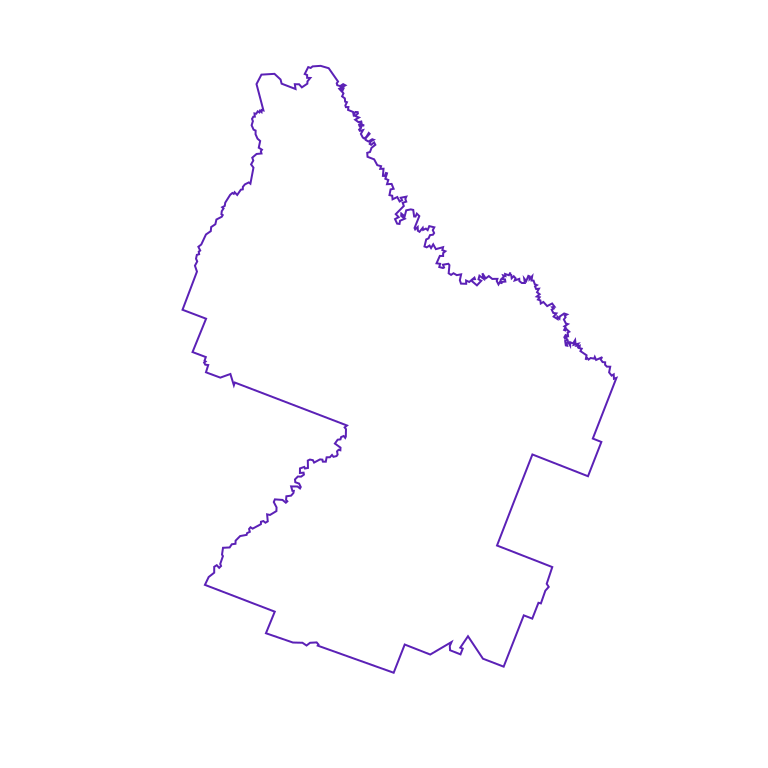 Campaspe, Victoria, Australia (orthographic projection), rotated 21°
{"feature_id": "25037944B18187162419032", "entity_name": "Campaspe", "entity_type": "district", "adm_level": 2, "iso_a3": "AUS", "parent_name": "Australia", "parent_adm1": "Victoria", "projection": "orthographic", "projection_center": [144.612, -36.323], "detail": "fine", "context": "isolated", "style": "outline", "palette": "violet", "viewbox_px": 768, "rotation_deg": 21, "n_neighbors": 0, "source": "geoboundaries", "source_scale": "gbopen_adm2", "svg_char_len": 6165}
<svg xmlns="http://www.w3.org/2000/svg" viewBox="0 0 768 768"><g transform="rotate(21 384 384)"><path d="M232.7,118.1L219.2,109.0L210.8,109.7L203.5,113.1L202.3,115.2L199.7,115.3L198.9,123.0L201.5,123.1L202.5,125.7L205.5,124.7L204.1,128.9L204.8,131.1L201.0,136.5L197.3,134.6L193.3,136.1L195.7,140.3L180.8,140.3L178.3,136.8L170.6,133.7L158.7,139.1L157.5,149.7L173.4,171.8L171.6,172.0L172.2,174.0L170.3,173.3L170.3,175.1L168.4,174.7L167.9,177.4L166.1,177.8L167.6,180.7L166.2,181.3L165.8,183.8L167.4,185.6L167.7,189.9L171.1,193.3L173.3,193.4L174.6,196.9L178.0,200.3L181.3,201.5L182.4,208.3L186.1,209.0L185.6,210.8L187.0,212.7L182.6,214.9L179.9,219.9L181.9,222.3L181.2,226.6L184.6,228.8L187.5,244.9L185.5,244.3L182.6,247.5L181.6,250.5L182.4,252.9L180.7,253.9L179.2,260.1L175.8,258.5L175.6,260.3L174.0,260.0L172.6,262.5L170.8,271.6L171.5,274.8L169.6,277.0L171.3,277.7L170.6,280.8L171.4,283.8L172.9,284.1L172.6,286.0L168.6,290.5L169.3,295.3L166.4,299.4L167.5,303.4L164.2,308.2L163.4,319.3L161.5,322.4L164.6,325.3L163.6,326.8L164.9,329.1L163.0,330.5L163.6,334.4L165.7,336.5L165.1,341.3L169.1,346.1L169.3,386.9L194.5,386.8L193.8,422.8L208.0,422.7L208.1,426.6L209.4,426.9L208.4,428.5L210.2,430.0L213.1,429.3L213.6,436.9L228.9,436.7L237.0,429.7L244.3,439.0L244.2,436.1L364.3,436.0L362.8,438.6L364.7,439.8L367.2,446.8L367.1,448.2L365.0,447.0L363.0,448.9L363.2,451.3L360.7,452.6L359.5,457.2L366.2,459.0L367.0,461.5L365.2,461.7L364.3,463.7L366.0,466.5L365.5,468.3L362.9,470.1L360.9,468.9L359.7,471.8L356.7,473.0L357.5,477.4L354.7,478.4L353.6,476.7L351.3,477.3L346.9,482.4L344.9,480.6L341.9,481.1L340.3,482.8L343.1,489.6L340.5,491.2L339.3,490.0L335.8,492.9L337.4,497.2L340.7,495.6L341.7,497.3L339.9,500.1L336.7,501.3L335.1,505.0L336.4,507.5L340.4,507.4L343.2,510.0L343.0,511.6L340.0,510.7L334.0,512.9L336.8,516.6L338.1,516.1L338.5,518.2L337.3,521.5L333.1,523.8L334.1,527.3L335.8,528.2L334.9,530.0L330.8,528.6L323.5,530.8L323.4,533.7L327.9,537.7L329.1,541.2L324.5,547.1L321.6,547.6L324.7,553.9L323.0,556.0L320.5,555.2L318.5,556.7L319.3,559.0L313.2,566.1L310.7,565.6L310.0,567.7L311.7,570.1L309.6,572.3L309.8,574.1L304.2,577.5L301.6,583.4L302.6,586.4L299.3,588.2L298.5,591.9L292.4,594.6L293.9,601.3L295.3,602.4L295.6,610.7L297.1,612.3L296.0,614.7L292.8,613.1L291.0,615.5L293.1,621.0L289.5,627.0L288.8,635.7L363.6,635.7L363.1,659.0L391.6,658.0L400.6,654.8L405.4,655.9L407.7,652.1L413.7,649.4L416.2,650.7L415.9,652.0L496.5,650.1L496.7,619.8L524.1,620.0L539.5,600.7L539.3,605.0L541.1,608.9L552.3,609.0L552.3,602.8L549.7,602.8L552.8,589.4L574.8,605.0L597.0,605.0L597.4,549.9L606.5,549.9L606.6,532.9L609.1,532.6L608.7,519.1L610.5,514.4L607.5,512.2L606.7,494.6L547.4,494.3L547.5,448.9L547.8,396.6L607.5,397.0L607.7,360.2L598.5,360.1L598.8,295.0L596.8,296.7L595.0,292.7L593.5,294.6L590.0,292.5L589.0,286.8L585.8,287.9L583.5,286.8L582.7,284.5L580.2,285.2L577.2,283.2L578.2,280.7L573.4,285.5L571.1,283.2L571.1,285.0L567.6,285.7L566.2,287.9L564.0,286.7L563.6,289.1L562.8,284.6L555.6,282.9L555.9,280.2L553.7,280.5L553.2,278.8L552.1,281.2L552.2,278.4L550.1,279.3L550.9,276.8L547.4,279.2L548.0,277.0L546.7,274.5L546.0,278.4L542.9,278.3L544.0,281.4L540.7,278.7L540.0,280.7L541.3,282.6L539.9,282.8L537.7,278.9L539.5,277.1L537.7,276.0L537.8,274.0L536.6,276.6L535.6,275.7L536.0,273.2L538.6,273.2L537.0,270.1L538.2,268.8L534.2,267.2L534.1,269.0L532.8,269.0L533.2,266.0L531.7,265.6L534.2,262.2L532.1,262.3L528.8,259.3L529.6,256.6L528.3,255.4L529.9,253.5L526.9,253.6L523.9,258.0L524.4,260.1L521.9,259.1L522.8,261.2L518.2,260.3L519.6,256.3L516.6,257.0L513.9,254.5L515.4,252.8L513.6,252.0L515.6,250.8L512.1,248.6L508.4,252.8L503.4,250.3L501.5,252.7L500.0,249.9L497.5,250.0L498.2,247.2L495.3,247.6L497.1,244.4L494.0,243.5L494.5,239.5L492.0,240.8L490.0,238.8L491.3,236.9L489.0,236.8L486.6,233.9L484.6,234.5L483.7,230.3L482.3,234.0L481.3,231.3L480.0,231.3L479.9,237.0L477.1,235.3L479.3,239.2L476.5,240.3L473.6,239.5L472.6,237.4L468.9,240.5L468.9,238.1L466.5,236.9L465.3,239.5L463.7,236.6L462.1,236.5L462.1,234.5L461.6,237.7L457.7,237.9L458.7,239.7L456.3,239.9L457.4,241.0L456.1,243.7L459.5,243.0L460.6,244.9L457.5,246.4L457.7,248.4L455.9,245.6L455.2,250.0L452.3,247.4L452.2,245.2L447.4,247.1L443.2,245.7L441.1,249.0L436.2,245.4L439.4,250.1L434.3,248.7L434.7,252.4L437.8,252.8L435.4,258.6L429.3,256.5L429.1,254.5L431.3,253.5L430.3,252.3L427.0,258.2L423.6,258.0L424.8,261.0L419.9,262.7L417.6,259.9L416.7,254.0L412.9,256.3L409.2,255.7L407.5,258.1L404.7,257.5L402.5,249.6L401.0,248.7L396.3,251.5L398.3,253.7L397.5,254.6L393.7,255.0L393.3,251.7L389.8,252.5L390.2,244.4L393.3,243.3L392.3,240.6L393.7,238.1L390.5,238.1L390.1,235.1L384.1,239.5L379.9,236.0L379.2,240.2L376.9,238.4L374.9,241.1L372.5,241.1L371.6,233.9L373.4,232.1L373.6,228.5L376.2,227.1L376.7,225.1L374.4,222.9L374.8,219.7L369.7,220.4L369.6,224.7L367.4,223.9L365.3,226.1L364.2,224.3L362.6,229.2L360.7,228.8L359.2,225.4L357.7,228.5L356.6,227.4L356.8,214.6L353.6,213.2L353.4,216.4L352.1,216.8L348.9,211.0L346.4,211.4L342.5,213.9L343.2,220.0L339.1,218.7L339.8,220.9L344.2,222.2L340.5,225.8L341.1,229.0L338.8,229.6L335.2,226.1L337.9,223.0L334.1,221.2L338.7,210.7L336.5,208.1L339.4,205.8L337.6,203.6L337.7,201.1L332.9,204.1L335.0,206.0L333.2,208.0L329.4,204.7L325.8,208.5L324.2,205.3L321.4,205.7L320.4,200.0L323.0,198.3L319.4,194.5L315.2,196.4L314.9,192.0L311.7,191.9L311.3,186.2L310.2,186.3L310.1,189.5L308.4,190.1L306.4,183.2L303.4,184.5L303.2,181.7L299.3,182.1L294.3,177.8L287.2,177.8L285.5,174.2L287.8,172.4L287.7,168.0L290.2,163.8L288.2,162.0L286.3,165.3L284.6,165.0L284.7,162.2L286.8,159.7L285.3,159.7L282.6,163.2L279.4,162.7L278.8,161.1L280.9,155.6L279.8,155.1L279.0,159.5L277.5,161.9L275.9,161.5L272.8,158.8L273.4,154.5L270.7,156.3L269.6,155.4L270.8,153.1L270.2,151.1L272.8,149.7L270.5,149.7L268.9,152.1L267.8,150.9L269.5,148.4L268.7,147.1L266.4,148.7L262.4,147.6L265.1,144.2L260.8,144.1L262.7,140.8L262.0,139.6L259.8,140.3L259.1,143.5L257.6,141.1L252.2,141.0L251.5,138.2L249.2,139.2L248.1,137.8L248.4,134.2L246.5,134.3L245.1,131.4L241.8,130.5L242.0,127.2L240.0,126.0L240.3,122.5L238.7,122.7L238.8,125.6L236.4,124.4L240.9,119.0L238.4,118.7L236.3,121.6L233.3,121.8L232.1,120.2L232.7,118.1Z" fill="none" stroke="#5b21b6" stroke-width="2"/></g></svg>